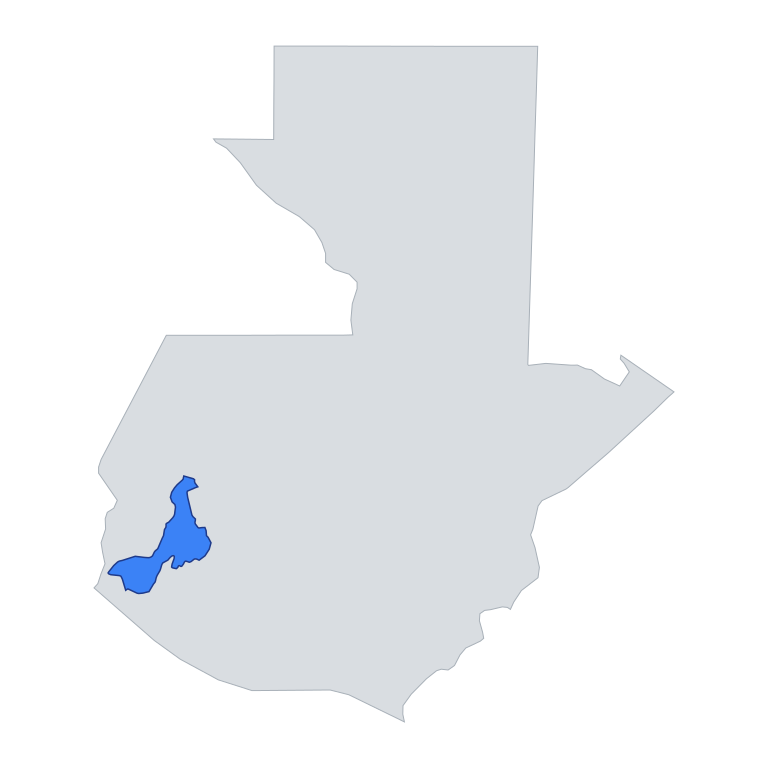 Quezaltenango on a map of Guatemala (Robinson projection)
{"feature_id": "GTM-1945", "entity_name": "Quezaltenango", "entity_type": "Department", "adm_level": 1, "iso_a3": "GTM", "parent_name": "Guatemala", "parent_adm1": "", "projection": "robinson", "projection_center": [-91.716, 14.866], "detail": "fine", "context": "in_parent", "style": "filled", "palette": "blue", "viewbox_px": 768, "rotation_deg": 0, "n_neighbors": 0, "source": "natural_earth", "source_scale": "10m", "svg_char_len": 3325}
<svg xmlns="http://www.w3.org/2000/svg" viewBox="0 0 768 768"><path d="M94.0,587.9L97.8,583.7L101.0,573.9L105.0,563.8L102.6,552.2L101.1,542.7L105.6,529.0L105.2,518.7L107.3,512.3L113.8,508.2L117.3,500.3L98.6,473.2L98.6,467.1L101.1,459.5L116.3,430.5L134.4,396.1L154.3,358.2L166.3,335.3L210.1,335.3L239.0,335.3L275.8,335.2L315.8,335.2L342.0,335.2L352.8,334.9L350.9,320.1L352.3,303.7L357.1,288.8L357.1,282.2L349.2,274.2L334.1,269.5L325.6,262.4L325.6,253.4L321.9,242.5L314.5,229.7L299.3,216.6L276.2,203.2L256.5,185.3L240.3,162.7L226.6,148.2L216.0,142.2L213.5,138.9L244.4,139.2L273.7,139.5L273.8,107.2L274.0,78.5L274.1,46.1L327.1,46.1L390.3,46.2L455.9,46.3L507.4,46.3L537.7,46.3L536.5,86.5L535.0,133.1L534.0,167.3L532.6,213.0L531.1,259.6L529.1,323.3L527.8,364.5L528.5,365.4L545.8,363.4L571.3,365.2L577.5,365.1L585.4,368.7L591.4,369.7L604.4,379.0L619.7,386.0L629.3,371.9L624.2,363.4L620.3,359.0L620.9,355.2L674.0,391.9L667.7,397.5L654.3,410.6L630.0,432.9L608.2,452.9L587.2,471.0L568.3,487.4L566.1,489.0L542.0,500.6L538.1,506.0L532.9,529.1L530.6,534.8L535.0,547.6L539.4,567.4L538.0,577.7L521.4,590.5L513.8,602.0L510.4,609.4L507.4,607.4L502.3,606.9L490.4,609.7L484.6,610.4L479.9,613.7L479.4,620.8L482.6,632.3L483.7,638.3L480.4,641.1L465.8,648.0L460.0,654.9L454.5,665.5L448.1,670.0L441.3,669.2L436.6,670.7L426.5,678.7L411.2,694.2L403.0,705.6L402.8,714.2L404.4,721.9L348.7,694.7L330.1,690.0L252.0,690.6L218.4,679.9L180.2,659.2L154.3,640.5L94.0,587.9Z" fill="#d9dde1" stroke="#a8b0b8" stroke-width="1"/><path d="M211.0,542.8L209.2,549.3L205.0,555.8L199.1,560.2L196.8,559.1L195.0,558.9L194.1,559.2L191.2,561.5L190.3,561.9L189.6,562.2L189.1,562.2L188.4,561.9L187.5,561.6L186.0,561.2L185.4,561.2L185.0,561.4L184.5,562.0L183.7,563.4L183.6,563.8L182.8,564.9L181.8,566.2L181.2,566.4L180.8,566.4L179.9,565.9L179.1,565.6L178.6,565.8L178.3,566.1L177.9,567.2L176.5,568.6L175.4,568.5L174.6,568.3L172.8,567.9L172.0,567.5L171.6,567.0L172.1,564.1L174.1,558.6L174.3,556.6L174.2,556.3L173.9,555.9L173.5,555.7L173.0,555.7L172.4,555.8L172.0,556.0L171.6,556.2L171.0,556.7L169.9,557.7L167.9,560.1L162.8,562.9L161.8,564.6L160.5,569.1L159.9,570.7L157.3,575.1L156.6,576.6L156.1,578.1L155.6,580.4L155.3,581.5L155.0,582.2L153.5,584.0L149.0,591.6L143.0,593.1L138.8,593.5L137.1,593.2L128.6,589.2L128.0,589.0L127.6,589.0L126.9,589.4L125.7,590.3L122.3,579.0L120.9,576.2L120.6,576.0L119.3,575.6L110.8,574.7L110.0,574.4L108.8,573.9L108.3,573.4L108.1,572.9L108.7,571.9L113.7,565.6L117.6,562.0L119.3,561.1L122.4,560.4L135.2,556.3L144.2,557.4L148.3,557.7L149.8,557.5L151.0,557.0L152.5,555.9L154.3,552.1L154.7,551.6L155.3,550.8L157.3,549.2L157.8,548.6L158.1,548.0L158.3,547.5L162.2,538.3L162.4,537.9L163.5,535.7L164.5,529.5L165.8,527.5L166.1,525.9L166.0,524.7L166.1,524.0L166.3,523.6L167.5,522.8L168.6,522.3L172.8,517.7L174.0,515.9L174.6,514.2L175.5,507.1L174.9,504.5L172.1,501.9L170.4,497.3L171.7,492.3L174.5,487.9L177.2,484.7L182.2,480.2L183.1,479.2L183.8,476.0L193.5,478.8L194.6,479.8L194.5,481.4L195.0,483.0L197.8,486.8L195.3,487.7L187.9,490.9L187.6,491.1L187.3,491.3L187.0,492.7L187.7,497.5L191.3,512.5L191.9,515.0L192.9,516.6L195.4,519.0L195.3,520.9L195.0,521.8L195.0,522.8L195.3,523.9L197.6,527.0L197.8,527.3L198.0,527.6L199.0,528.0L201.8,527.6L204.9,527.5L206.1,530.7L206.5,535.7L208.1,537.3L211.0,542.8Z" fill="#3b82f6" stroke="#1e3a8a" stroke-width="1.5"/></svg>